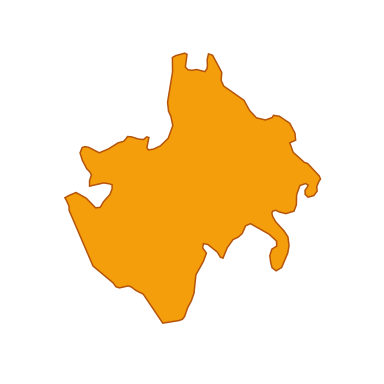 the border of Hamadan, rotated 33°
{"feature_id": "IRN-3233", "entity_name": "Hamadan", "entity_type": "Province", "adm_level": 1, "iso_a3": "IRN", "parent_name": "Iran", "parent_adm1": "", "projection": "orthographic", "projection_center": [48.6, 34.872], "detail": "fine", "context": "isolated", "style": "filled", "palette": "amber", "viewbox_px": 384, "rotation_deg": 33, "n_neighbors": 0, "source": "natural_earth", "source_scale": "10m", "svg_char_len": 1853}
<svg xmlns="http://www.w3.org/2000/svg" viewBox="0 0 384 384"><g transform="rotate(33 192 192)"><path d="M292.7,111.1L292.7,114.5L293.7,119.6L296.5,123.2L296.1,128.7L292.2,133.1L288.2,132.4L285.9,129.1L286.0,125.5L285.7,122.9L282.6,123.1L279.0,127.8L281.2,137.3L286.5,145.9L288.0,152.5L282.4,159.1L275.7,161.3L272.2,161.7L270.1,164.1L270.4,166.1L273.1,168.7L278.4,171.4L290.9,174.7L297.0,177.5L302.6,184.1L305.6,191.2L308.3,206.5L305.5,212.3L300.4,211.9L296.5,208.4L291.9,203.0L290.1,196.5L292.5,191.2L289.6,187.1L279.5,185.4L258.3,186.7L255.4,191.1L256.7,199.4L255.4,204.5L252.3,209.6L251.9,219.6L254.0,230.6L251.3,231.2L245.9,228.6L233.8,227.4L229.7,229.1L231.4,233.1L237.4,235.4L239.4,244.4L240.4,259.4L248.8,275.8L250.7,283.6L251.4,291.4L253.6,300.6L253.3,303.9L251.2,306.8L238.9,317.9L206.7,304.2L198.9,305.1L192.7,304.7L189.6,305.6L183.4,311.9L179.9,312.9L175.5,311.2L149.3,308.0L98.9,274.3L96.5,270.8L91.4,267.5L88.5,266.1L90.6,262.1L95.0,255.6L106.6,254.8L119.8,257.8L123.4,254.8L123.1,248.2L124.5,238.8L123.3,233.0L121.1,229.5L118.4,230.1L113.0,232.5L102.9,242.9L99.9,238.3L98.3,232.4L95.1,230.7L91.2,229.9L82.7,225.1L76.8,220.2L75.7,214.5L77.4,212.3L81.1,210.8L92.9,209.6L98.4,201.5L103.2,191.1L107.1,186.7L107.7,182.7L107.7,180.6L111.2,178.7L118.4,176.7L122.7,174.4L124.0,170.4L126.2,169.8L129.9,179.1L132.4,180.5L136.3,177.1L140.4,170.5L142.8,159.9L139.7,146.7L133.0,140.0L128.3,137.0L122.6,130.0L110.3,101.9L102.3,89.9L104.2,86.3L110.3,79.5L112.9,79.3L118.3,90.7L121.9,91.7L125.7,90.0L129.1,86.8L137.3,84.0L137.4,80.4L136.0,77.4L132.7,72.9L130.6,67.2L134.8,66.1L151.8,75.5L155.7,82.6L160.9,85.9L185.7,86.8L195.9,92.3L205.6,94.7L214.4,91.6L218.7,85.8L218.6,83.3L224.0,80.9L236.6,81.1L246.3,86.6L250.7,92.1L247.2,97.5L255.2,103.6L270.1,106.0L273.3,105.1L289.8,109.2L292.7,111.1Z" fill="#f59e0b" stroke="#b45309" stroke-width="1.5"/></g></svg>